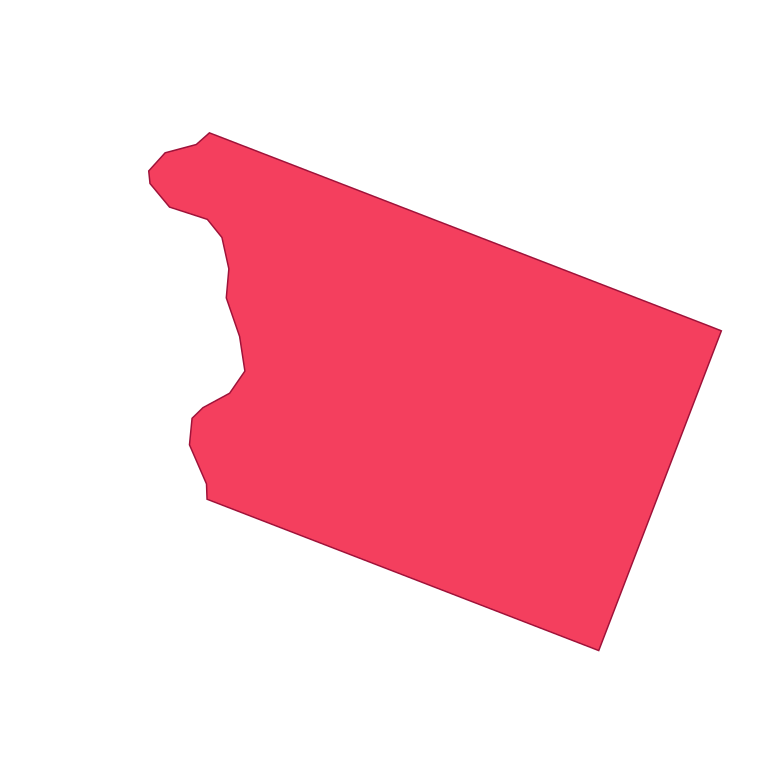 Walworth, South Dakota, United States of America (Equal Earth projection), rotated 21°
{"feature_id": "52423323B58103435188047", "entity_name": "Walworth", "entity_type": "district", "adm_level": 2, "iso_a3": "USA", "parent_name": "United States of America", "parent_adm1": "South Dakota", "projection": "equal_earth", "projection_center": [-100.243, 45.42], "detail": "fine", "context": "isolated", "style": "filled", "palette": "rose", "viewbox_px": 768, "rotation_deg": 21, "n_neighbors": 0, "source": "geoboundaries", "source_scale": "gbopen_adm2", "svg_char_len": 431}
<svg xmlns="http://www.w3.org/2000/svg" viewBox="0 0 768 768"><g transform="rotate(21 384 384)"><path d="M672.5,213.4L131.0,212.1L122.9,227.7L96.8,246.6L88.0,269.4L93.7,280.7L120.4,295.7L160.1,293.6L180.2,305.3L197.9,332.1L205.9,360.1L232.2,391.4L249.5,421.8L243.2,447.9L223.5,470.9L217.1,484.8L224.2,510.5L254.1,540.9L260.1,555.0L680.0,555.9L679.9,213.5L672.5,213.4Z" fill="#f43f5e" stroke="#9f1239" stroke-width="1.5"/></g></svg>